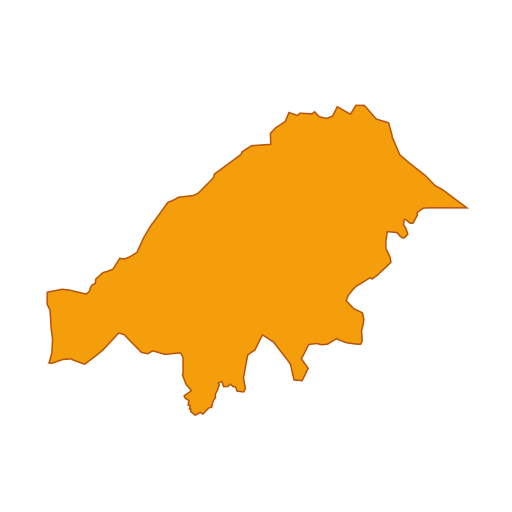 Jema'A, Kaduna, Nigeria (Equal Earth projection), rotated 190°
{"feature_id": "59680162B37059166930142", "entity_name": "Jema'A", "entity_type": "district", "adm_level": 2, "iso_a3": "NGA", "parent_name": "Nigeria", "parent_adm1": "Kaduna", "projection": "equal_earth", "projection_center": [8.262, 9.414], "detail": "fine", "context": "isolated", "style": "filled", "palette": "amber", "viewbox_px": 512, "rotation_deg": 190, "n_neighbors": 0, "source": "geoboundaries", "source_scale": "gbopen_adm2", "svg_char_len": 3567}
<svg xmlns="http://www.w3.org/2000/svg" viewBox="0 0 512 512"><g transform="rotate(190 256 256)"><path d="M148.5,410.2L161.3,411.7L175.5,423.2L183.8,421.7L187.6,412.0L201.9,417.1L201.9,416.8L204.9,407.1L210.5,403.7L218.0,404.2L223.3,408.2L223.8,407.6L225.7,405.7L237.4,404.3L239.5,401.6L248.4,403.0L250.6,393.4L251.8,392.3L258.6,386.0L261.6,381.6L263.1,379.4L260.9,368.5L279.4,363.9L287.7,356.4L288.3,353.5L311.1,329.6L311.3,329.0L311.1,326.9L312.7,323.8L323.7,308.0L328.0,304.8L331.1,303.8L342.5,300.4L347.6,296.3L352.1,293.5L363.5,270.0L363.8,270.0L365.8,265.1L369.9,254.2L373.9,238.8L380.4,233.1L384.9,230.3L385.2,230.2L389.1,230.0L389.7,230.1L394.8,217.8L397.8,216.4L399.0,215.3L403.9,213.1L403.9,212.9L409.8,205.4L409.6,202.1L409.6,201.1L412.4,198.9L413.0,197.6L413.6,195.9L413.9,192.7L414.1,192.0L416.6,189.0L433.8,190.0L441.1,189.6L455.3,184.1L453.9,175.5L453.1,171.9L449.5,166.9L447.8,160.3L445.2,149.3L441.8,138.3L440.7,129.0L440.2,125.4L441.1,115.6L441.5,114.8L438.6,114.8L437.6,115.3L436.2,116.1L429.3,120.0L427.7,120.7L420.2,122.6L418.8,122.0L407.7,119.9L405.8,119.8L395.2,131.2L390.3,137.1L378.0,156.0L376.6,156.3L371.9,155.6L370.9,154.7L352.5,141.4L351.8,141.2L345.7,140.9L341.8,144.2L341.3,144.7L328.7,143.3L316.5,146.7L313.6,147.5L310.7,144.1L310.3,143.5L307.9,130.4L307.5,128.1L307.7,126.0L302.7,117.6L297.3,113.1L296.4,112.4L296.8,111.7L297.6,110.8L298.2,110.1L298.9,109.4L299.4,109.0L300.4,107.9L301.7,106.6L302.3,106.0L302.5,105.6L301.9,104.7L301.1,103.8L300.5,103.3L299.7,103.1L299.1,102.8L298.7,102.7L298.4,102.6L297.5,102.3L297.2,102.2L296.9,102.1L297.0,100.2L297.0,99.5L296.9,98.3L296.8,97.2L296.2,97.3L295.8,97.4L295.2,97.5L294.9,97.5L294.9,96.1L295.0,94.7L295.0,93.7L294.7,93.7L294.3,93.8L293.9,93.8L293.7,93.9L293.6,93.6L293.3,92.4L293.3,91.4L289.1,89.2L288.9,88.8L287.3,89.2L283.8,92.4L280.9,91.1L277.0,96.9L276.9,97.0L276.6,97.8L274.8,98.8L273.4,99.4L273.1,104.9L272.6,106.8L271.3,109.3L271.4,109.7L272.0,112.3L271.9,113.1L271.8,113.7L271.6,114.2L271.4,114.7L271.4,115.0L271.0,116.4L270.8,116.8L270.5,117.6L270.4,118.6L270.4,119.1L270.3,119.7L270.1,120.8L269.9,122.7L270.1,123.1L270.5,123.6L270.8,123.8L271.0,123.9L271.0,124.3L270.1,124.9L269.2,125.8L267.8,126.4L265.2,121.7L261.1,122.6L258.9,125.4L255.8,123.3L253.6,123.7L251.1,119.6L244.6,120.0L244.2,121.0L243.4,123.6L247.2,133.9L247.0,156.8L245.2,159.1L240.8,163.1L240.5,164.1L236.0,179.3L235.6,179.3L223.6,174.2L213.7,165.1L208.1,160.1L204.4,156.5L203.8,155.6L203.3,155.5L197.0,140.5L193.6,140.8L191.9,141.1L191.4,141.2L189.1,141.1L187.1,147.2L185.7,152.9L185.1,154.4L193.6,162.8L192.0,167.0L188.9,177.7L186.7,178.7L181.0,180.3L175.5,180.0L175.1,180.2L170.1,181.7L161.9,188.9L160.9,188.0L155.5,186.9L151.5,186.3L142.3,186.6L137.6,187.3L136.7,190.9L139.1,200.7L138.6,206.5L138.8,212.3L140.8,217.4L141.6,218.6L143.0,219.0L150.6,221.1L159.4,227.5L158.3,233.4L154.8,239.7L152.2,243.4L139.9,254.4L137.7,253.5L133.3,258.0L127.3,266.0L122.1,273.1L123.4,277.4L123.8,278.1L124.7,279.4L129.4,286.1L130.7,293.1L130.9,302.8L122.8,303.5L121.0,303.5L118.5,301.3L117.9,300.8L115.1,299.3L112.8,299.8L110.3,304.0L110.7,304.8L113.6,309.9L113.8,310.0L116.2,312.3L116.3,314.0L116.3,317.6L115.5,317.9L114.9,318.0L111.1,315.6L110.8,315.5L109.8,315.2L109.5,315.1L108.9,315.2L107.0,315.7L104.1,324.4L104.5,325.2L104.6,325.4L104.9,326.5L101.4,330.5L99.1,332.4L98.7,332.4L97.7,332.7L92.2,333.8L56.7,340.0L83.8,353.7L91.8,356.4L92.4,356.8L93.9,357.9L103.2,364.6L121.5,374.4L132.0,380.7L139.5,392.1L142.7,397.1L142.8,398.1L146.1,405.1L148.5,410.2Z" fill="#f59e0b" stroke="#b45309" stroke-width="1.5"/></g></svg>